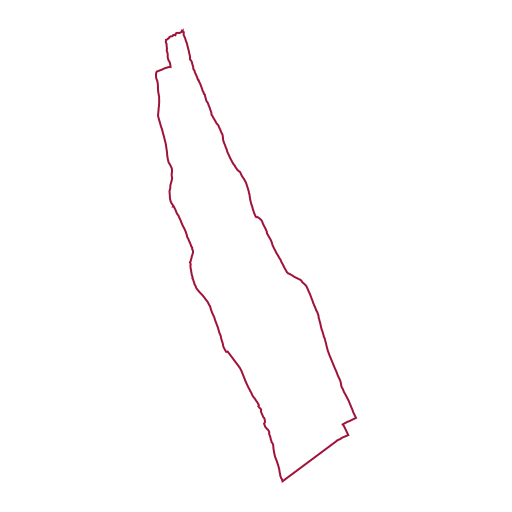 Ibanesti, Vaslui, Romania (Albers equal-area conic projection)
{"feature_id": "2599482B62946282817270", "entity_name": "Ibanesti", "entity_type": "district", "adm_level": 2, "iso_a3": "ROU", "parent_name": "Romania", "parent_adm1": "Vaslui", "projection": "albers", "projection_center": [27.597, 46.426], "detail": "fine", "context": "isolated", "style": "outline", "palette": "rose", "viewbox_px": 512, "rotation_deg": 0, "n_neighbors": 0, "source": "geoboundaries", "source_scale": "gbopen_adm2", "svg_char_len": 5992}
<svg xmlns="http://www.w3.org/2000/svg" viewBox="0 0 512 512"><path d="M356.0,417.9L353.4,412.6L352.3,409.5L351.6,408.0L348.6,400.6L345.2,394.1L344.4,392.8L343.8,391.6L342.7,388.8L341.9,387.6L341.6,386.8L341.3,386.0L341.0,383.7L340.6,382.0L340.1,380.3L337.8,375.5L337.4,374.5L336.9,372.9L333.8,365.8L332.1,361.5L329.5,355.3L328.4,352.3L327.9,351.0L326.8,347.0L325.9,343.1L324.6,338.1L323.8,336.8L323.6,335.4L323.0,333.6L322.4,331.2L321.6,329.3L320.9,326.4L320.2,323.1L319.8,321.6L319.6,321.2L319.1,318.9L318.7,317.9L318.6,317.4L318.6,316.6L318.4,315.4L318.3,314.9L317.7,313.5L317.5,312.6L317.0,311.6L316.1,310.2L315.9,309.2L315.6,308.7L314.8,306.4L314.4,306.0L313.7,304.0L313.2,303.0L312.8,301.5L312.2,300.1L309.9,293.9L309.0,292.2L307.9,289.5L306.4,286.2L305.9,285.5L303.7,283.4L302.3,282.2L301.6,281.0L300.7,280.0L294.4,276.9L292.3,275.5L290.1,274.2L288.1,273.3L287.0,272.3L284.4,267.7L282.5,263.8L281.9,262.9L280.9,260.8L280.4,259.5L279.9,258.8L279.5,258.3L278.0,255.5L276.8,253.7L273.7,247.6L272.4,244.8L271.9,242.8L271.0,240.4L267.0,233.4L266.8,231.7L265.7,229.1L263.0,223.9L262.2,221.6L261.8,220.8L261.2,220.0L260.0,218.8L259.0,218.0L258.0,217.3L257.4,217.1L256.3,217.1L255.9,216.9L255.5,216.2L254.1,213.0L253.3,210.4L252.7,208.8L252.4,207.2L251.2,203.7L250.2,199.7L249.4,194.2L249.3,193.6L248.9,193.0L248.8,191.6L247.9,188.6L246.0,182.7L244.9,180.6L243.6,178.4L242.5,176.9L241.9,176.0L240.2,172.3L239.9,171.9L239.3,171.4L238.5,171.0L237.0,169.3L235.0,166.4L234.9,165.9L234.5,165.3L233.3,163.9L233.0,163.4L229.6,157.0L229.3,155.9L228.7,154.9L227.3,151.8L226.6,149.2L225.8,147.5L224.9,144.8L224.2,143.3L223.2,140.3L222.9,138.6L223.0,137.9L222.9,137.2L222.5,134.7L222.0,133.6L221.5,132.9L220.6,130.7L220.2,129.5L219.0,127.1L218.5,125.7L218.3,125.3L216.7,123.5L215.7,121.9L215.5,121.3L214.5,119.7L213.4,117.9L212.9,117.0L212.6,116.2L212.1,115.5L211.6,114.9L211.5,114.4L211.3,112.5L209.9,108.6L209.5,107.2L208.5,104.9L208.4,104.4L207.5,102.3L206.9,101.8L206.4,100.9L205.6,97.9L205.2,96.5L204.9,95.7L204.9,94.8L204.6,94.3L203.8,93.8L203.6,93.1L203.5,92.1L202.7,91.0L202.2,89.2L200.5,84.5L199.9,83.3L199.2,81.8L199.1,81.3L198.9,81.2L198.3,79.7L197.9,79.7L197.5,78.7L197.1,77.1L195.1,72.8L194.7,71.6L194.5,70.7L194.1,70.1L193.4,69.2L193.2,67.4L193.1,66.5L192.2,63.8L192.1,62.7L191.1,60.5L190.4,59.9L190.0,59.3L190.1,56.9L189.8,55.5L189.3,53.7L188.8,50.9L188.4,49.7L188.2,48.5L187.9,47.6L186.7,42.8L186.0,41.2L185.0,37.9L183.8,35.3L183.6,34.3L183.8,32.5L183.7,32.2L183.3,32.3L182.8,31.8L182.7,31.4L182.7,30.7L182.4,31.0L181.9,30.8L181.9,31.0L181.9,31.6L180.4,32.6L179.7,32.9L178.9,33.0L177.9,32.8L176.3,33.1L175.7,33.7L175.6,34.9L175.4,35.2L175.1,35.0L173.4,35.0L173.1,35.2L173.0,35.6L172.3,36.2L170.8,36.4L169.7,36.9L169.4,37.1L168.9,38.2L168.6,38.2L167.2,39.4L166.7,39.7L166.0,39.9L166.0,40.3L165.8,41.9L166.0,42.7L166.5,43.8L166.8,47.5L167.0,49.1L166.7,50.1L166.7,50.6L167.4,52.6L167.7,54.3L167.7,57.3L167.8,57.9L168.3,59.4L168.4,59.9L168.6,60.5L169.4,61.7L169.8,62.5L170.3,64.7L170.5,66.9L170.2,66.8L167.9,67.3L164.6,68.3L162.0,69.6L156.7,71.6L156.1,73.2L156.0,74.8L156.0,76.3L156.1,77.5L156.3,78.4L157.3,81.0L157.8,84.0L158.0,86.6L157.9,87.1L158.1,90.7L158.5,93.6L159.1,96.5L159.1,97.1L159.2,102.0L159.1,103.3L159.0,105.2L158.9,106.6L158.7,107.8L158.5,110.8L158.4,111.3L158.2,114.0L158.0,115.1L158.3,117.0L160.8,125.8L161.2,127.1L162.0,129.2L163.1,133.6L164.1,137.0L164.6,139.4L164.9,140.3L165.3,142.1L165.8,144.1L166.8,150.9L167.1,153.1L167.1,154.5L167.6,157.9L167.8,159.0L168.4,161.7L168.8,162.8L170.0,164.6L171.5,167.7L171.9,168.9L172.0,170.9L172.0,171.7L171.7,173.9L171.6,175.1L171.7,175.9L172.1,178.2L171.9,179.5L171.3,182.0L170.4,185.1L170.3,186.0L170.3,187.7L170.2,188.4L169.8,189.9L169.5,191.2L169.9,196.9L169.9,197.7L170.0,199.0L170.8,201.7L171.6,203.4L173.2,205.6L173.4,205.9L173.4,206.2L173.1,206.6L173.8,206.7L174.1,207.1L175.5,210.0L176.8,213.3L177.8,214.8L178.4,215.4L178.6,215.9L179.0,217.0L181.0,221.3L181.1,221.9L182.9,226.0L183.9,227.9L184.5,228.7L184.7,229.6L184.9,230.1L185.5,231.1L185.6,231.5L186.1,232.8L186.3,233.6L186.9,235.3L187.1,236.6L187.4,237.4L188.2,238.7L188.7,240.0L190.7,244.6L191.3,246.6L192.1,247.4L192.2,247.8L192.2,248.4L192.1,248.9L192.2,249.2L192.8,250.3L193.0,250.9L193.1,251.3L193.0,252.0L192.9,252.9L192.3,255.0L191.8,256.3L191.6,257.7L190.8,260.1L190.8,260.9L189.9,262.4L190.2,262.8L190.5,263.4L190.6,264.2L190.7,264.5L190.4,265.3L190.6,268.3L191.1,270.3L191.3,272.0L191.8,274.9L192.5,276.8L192.6,277.7L192.4,278.4L193.1,279.4L193.5,281.0L194.3,282.8L194.3,283.8L194.5,284.3L195.6,286.1L196.0,287.4L196.4,288.2L197.4,289.6L199.4,292.0L202.9,295.7L205.0,298.4L205.6,299.4L207.0,301.0L208.1,302.7L208.9,304.5L209.4,305.3L210.0,306.1L210.4,307.4L210.6,308.4L211.1,310.0L212.3,313.2L214.3,317.4L214.9,319.6L216.1,322.8L217.2,325.8L217.7,326.9L218.4,329.4L218.6,330.2L218.9,331.0L219.3,332.6L220.9,336.3L220.9,337.4L221.8,340.6L222.7,343.2L223.2,346.0L223.5,347.0L225.1,350.1L225.8,351.2L226.0,351.7L226.3,351.9L227.7,351.6L239.7,367.6L240.8,369.6L241.4,370.8L245.0,379.8L245.0,380.1L247.1,384.7L248.5,387.7L249.2,388.8L250.0,390.6L251.2,392.6L252.0,394.5L252.7,396.0L255.3,399.3L255.9,400.4L257.1,402.0L258.1,403.8L258.7,404.6L258.8,405.5L258.3,406.2L259.4,407.7L260.2,408.4L261.1,409.4L261.1,410.8L260.9,411.1L261.2,412.3L263.4,417.3L264.3,418.1L264.6,419.2L265.0,421.7L264.9,422.3L264.7,422.7L264.1,423.5L264.1,423.9L264.5,424.7L265.2,426.8L267.3,429.2L268.0,429.8L268.8,431.1L269.2,431.9L269.3,432.6L269.1,433.0L269.1,433.6L270.0,436.3L270.3,436.9L270.5,437.8L270.6,438.7L271.0,440.0L271.4,440.9L271.5,442.1L272.5,443.2L273.1,444.6L273.3,446.3L273.5,449.0L273.9,450.9L274.0,452.1L275.0,456.5L275.7,458.5L276.8,461.1L277.5,463.4L278.1,464.9L278.8,467.8L279.3,469.6L279.6,472.0L280.1,474.2L280.3,475.8L281.1,478.0L282.0,479.3L282.3,480.4L282.5,481.3L336.9,440.8L336.9,440.6L337.7,440.1L340.4,439.0L341.2,438.2L342.8,437.4L348.3,435.1L344.1,426.4L342.7,424.4L347.3,421.9L349.4,421.1L356.0,417.9Z" fill="none" stroke="#9f1239" stroke-width="2"/></svg>